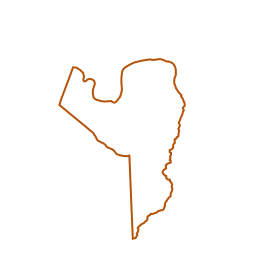 the district of Petrolândia, Pernambuco, Brazil, rotated 133°
{"feature_id": "56859067B45714966424810", "entity_name": "Petrolândia", "entity_type": "district", "adm_level": 2, "iso_a3": "BRA", "parent_name": "Brazil", "parent_adm1": "Pernambuco", "projection": "albers", "projection_center": [-38.304, -8.913], "detail": "fine", "context": "isolated", "style": "outline", "palette": "amber", "viewbox_px": 256, "rotation_deg": 133, "n_neighbors": 0, "source": "geoboundaries", "source_scale": "gbopen_adm2", "svg_char_len": 2656}
<svg xmlns="http://www.w3.org/2000/svg" viewBox="0 0 256 256"><g transform="rotate(133 128 128)"><path d="M67.5,111.5L67.4,114.8L66.2,120.0L65.1,121.8L64.1,124.1L62.4,126.0L60.7,127.4L59.8,127.9L56.4,129.3L55.3,130.5L53.3,132.3L52.5,133.2L51.3,135.1L50.5,137.2L50.3,138.6L50.3,140.0L51.4,143.2L52.3,144.3L53.1,145.3L54.4,149.3L55.9,151.8L57.6,153.0L61.1,156.1L62.1,157.4L62.6,158.5L68.0,162.8L69.9,164.2L72.1,165.7L73.7,166.6L74.5,167.3L77.2,168.7L81.0,170.1L83.4,170.8L84.7,171.2L86.3,171.5L88.4,171.5L90.1,171.0L92.4,169.6L96.1,166.8L99.4,163.7L104.1,158.5L106.3,157.2L109.0,155.8L110.4,155.2L111.7,154.9L114.8,154.7L117.4,154.7L118.6,155.1L119.6,156.8L119.7,158.6L124.7,163.3L126.7,166.1L128.5,169.7L129.0,170.8L129.3,172.1L128.9,174.5L126.5,177.5L124.2,179.5L121.2,181.1L120.0,181.5L118.3,182.4L117.1,183.9L116.6,185.2L116.7,186.5L117.5,188.5L118.9,190.0L120.4,190.8L122.5,190.8L123.8,191.9L123.4,193.4L120.1,195.5L119.4,196.9L118.3,198.4L118.2,202.8L118.6,204.4L118.8,206.0L119.1,207.0L120.0,208.2L121.1,209.5L123.2,208.7L130.2,205.7L140.9,201.3L153.6,196.0L157.9,193.9L157.2,181.3L155.7,157.3L155.7,155.9L155.5,153.0L155.4,151.3L155.4,149.8L155.8,148.5L156.1,147.5L156.3,146.0L157.0,144.4L157.6,142.4L157.7,140.9L157.0,138.9L156.7,137.5L156.1,136.1L155.8,134.4L155.9,132.2L156.3,130.4L155.7,128.6L155.1,127.0L154.7,126.1L154.3,125.0L154.1,122.9L154.8,119.2L154.4,117.5L153.5,115.3L152.3,113.6L151.3,111.8L148.9,109.2L147.3,108.1L183.7,71.3L194.6,60.2L205.7,49.0L204.4,48.2L203.1,47.4L201.9,47.8L199.9,48.1L199.1,49.7L197.4,49.9L196.0,50.6L194.9,51.3L194.8,52.4L193.7,53.0L192.6,52.7L190.4,52.7L188.7,52.4L186.7,51.5L184.8,51.6L183.1,51.2L181.5,51.5L180.6,52.3L179.7,53.3L178.2,53.2L177.1,52.6L175.3,52.8L174.2,51.5L172.7,50.7L170.3,49.4L168.4,49.3L167.2,48.6L165.5,47.7L164.5,46.6L163.2,46.5L160.9,47.4L159.7,47.7L158.8,49.0L156.5,50.0L155.1,50.0L152.6,50.5L150.5,50.6L148.9,50.3L147.6,51.4L145.9,52.4L144.6,52.8L143.3,53.3L141.7,54.7L141.4,55.9L139.5,57.0L138.6,58.3L138.2,61.2L137.2,62.2L138.5,63.6L138.7,65.7L137.0,67.2L137.6,68.6L137.5,70.7L137.1,72.3L135.5,73.1L134.1,73.2L132.7,72.9L131.5,72.6L130.5,73.7L129.7,74.9L127.5,74.8L125.8,74.1L124.0,73.2L122.8,74.6L122.9,75.7L120.9,76.4L120.6,77.4L119.6,77.9L117.8,78.5L116.8,79.6L117.2,81.0L115.8,82.4L113.4,81.4L111.5,81.5L109.9,83.2L108.9,83.7L106.9,83.6L106.0,84.6L104.6,86.1L102.9,85.6L101.5,86.1L100.2,85.5L99.1,85.9L98.2,86.8L94.8,89.0L94.3,90.6L92.5,91.1L91.3,91.5L90.5,92.1L89.6,94.5L88.0,94.9L87.0,95.2L85.7,95.9L81.4,97.4L79.9,98.1L78.5,99.0L77.1,99.2L75.8,101.7L73.2,101.7L71.6,103.0L70.4,105.6L69.3,107.8L68.5,111.1L67.5,111.5Z" fill="none" stroke="#b45309" stroke-width="2"/></g></svg>